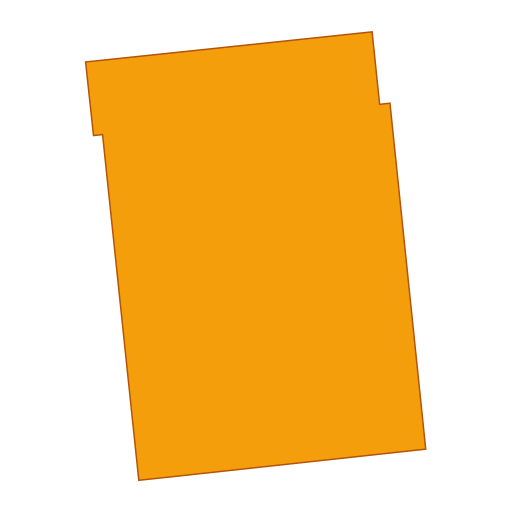 the district of Kearny, Kansas, United States of America, rotated 174°
{"feature_id": "52423323B71286505277012", "entity_name": "Kearny", "entity_type": "district", "adm_level": 2, "iso_a3": "USA", "parent_name": "United States of America", "parent_adm1": "Kansas", "projection": "robinson", "projection_center": [-101.274, 38.0], "detail": "fine", "context": "isolated", "style": "filled", "palette": "amber", "viewbox_px": 512, "rotation_deg": 174, "n_neighbors": 0, "source": "geoboundaries", "source_scale": "gbopen_adm2", "svg_char_len": 288}
<svg xmlns="http://www.w3.org/2000/svg" viewBox="0 0 512 512"><g transform="rotate(174 256 256)"><path d="M405.2,466.8L405.0,392.8L395.9,392.8L396.0,45.2L381.4,45.2L107.4,46.2L106.8,394.0L117.2,393.9L117.1,466.8L405.2,466.8Z" fill="#f59e0b" stroke="#b45309" stroke-width="1.5"/></g></svg>